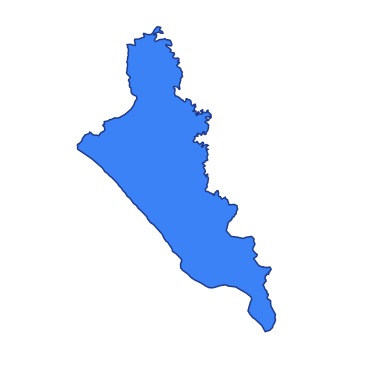 Birim South, Eastern, Ghana, rotated 55°
{"feature_id": "2480657B71012260699376", "entity_name": "Birim South", "entity_type": "district", "adm_level": 2, "iso_a3": "GHA", "parent_name": "Ghana", "parent_adm1": "Eastern", "projection": "orthographic", "projection_center": [-1.125, 5.901], "detail": "fine", "context": "isolated", "style": "filled", "palette": "blue", "viewbox_px": 384, "rotation_deg": 55, "n_neighbors": 0, "source": "geoboundaries", "source_scale": "gbopen_adm2", "svg_char_len": 6000}
<svg xmlns="http://www.w3.org/2000/svg" viewBox="0 0 384 384"><g transform="rotate(55 192 192)"><path d="M34.1,160.6L35.6,161.1L36.3,161.8L37.1,161.8L38.9,162.3L41.8,164.9L43.9,165.9L44.3,167.0L46.0,168.4L47.8,170.1L48.2,171.0L49.9,171.1L52.0,172.7L54.0,174.7L55.4,175.5L56.3,176.9L57.6,177.5L60.7,177.1L61.7,176.5L62.2,176.5L62.8,177.0L63.7,179.5L64.1,180.0L66.8,180.4L68.9,182.3L70.6,182.8L71.8,182.3L75.2,184.5L76.3,184.8L77.6,184.7L79.3,184.0L81.3,182.7L82.6,182.9L83.8,183.4L84.1,183.8L84.9,186.2L87.3,189.6L89.2,194.4L90.0,202.2L89.3,209.3L88.2,211.4L86.9,212.8L86.3,216.7L85.5,218.0L85.6,220.0L84.0,223.5L86.4,225.0L85.9,225.7L86.0,226.5L87.2,226.9L88.2,226.4L91.0,227.7L91.7,229.7L91.2,231.6L91.2,233.2L92.5,236.0L91.3,236.9L89.2,239.7L87.9,240.4L86.1,240.7L84.3,241.4L85.1,242.9L83.9,246.9L85.4,251.1L87.2,253.5L87.3,255.3L87.9,256.6L87.3,257.6L87.5,258.6L88.5,259.4L89.2,259.4L89.9,260.2L91.4,261.1L107.0,255.1L120.7,251.6L125.7,251.7L128.2,250.6L131.4,250.3L133.8,249.5L141.3,248.2L145.3,248.2L148.0,247.7L151.7,247.7L154.4,247.2L158.4,247.5L161.6,246.4L168.1,246.4L170.7,245.3L175.0,245.4L177.2,244.6L186.3,243.2L188.9,243.8L193.5,243.5L196.4,242.2L209.6,240.6L213.3,241.4L217.3,241.5L219.2,240.7L227.2,241.0L229.4,242.0L233.7,240.4L239.8,239.4L242.0,239.4L244.6,242.9L247.8,244.8L251.0,244.5L256.9,242.4L261.2,241.9L265.0,240.5L271.7,236.8L276.5,234.9L280.0,233.0L282.1,230.4L282.9,228.7L284.8,222.8L287.3,217.7L289.7,216.4L294.8,210.7L306.3,205.4L311.9,203.8L314.1,204.6L315.9,207.6L321.5,214.3L324.7,214.6L329.3,214.4L332.2,213.3L341.4,211.4L348.4,212.1L348.4,211.4L349.0,210.7L349.0,209.8L349.9,207.7L349.2,203.7L347.5,201.9L347.1,200.4L345.7,198.2L344.5,196.9L341.7,195.7L340.8,194.4L339.9,193.9L331.0,192.8L329.2,192.0L326.1,190.0L325.0,190.5L324.4,190.4L323.4,191.2L322.0,191.2L321.2,190.7L320.5,189.0L319.3,188.1L317.5,188.8L316.9,187.8L315.5,187.5L313.8,188.1L310.6,187.2L309.2,187.3L307.8,184.3L307.8,183.6L307.4,183.2L307.4,182.3L307.0,182.3L306.1,181.8L305.1,182.1L303.1,180.3L302.7,179.6L303.0,179.0L302.1,178.1L303.2,176.8L303.2,176.2L302.9,175.8L302.4,175.9L301.6,175.6L302.0,174.0L301.2,173.2L301.1,172.3L300.5,171.4L298.1,171.3L297.2,173.3L295.5,175.6L294.1,176.5L293.8,177.5L290.5,179.5L281.9,179.7L281.8,176.1L281.5,175.4L280.5,174.4L278.7,175.1L275.1,175.5L273.9,175.1L272.8,174.2L271.2,170.9L270.3,170.1L267.8,169.8L266.0,168.1L262.6,168.7L260.2,173.4L259.4,176.7L255.0,180.8L250.8,185.4L243.4,186.2L237.7,179.6L237.4,175.4L236.0,173.5L236.3,171.7L235.2,169.8L235.3,168.6L233.4,166.8L232.1,164.3L230.1,163.8L229.3,163.0L226.5,164.4L223.8,169.0L218.7,167.4L217.2,168.2L215.3,167.8L215.1,171.1L214.7,171.6L212.0,171.5L210.9,172.6L209.8,172.3L207.7,170.6L205.9,170.0L205.4,170.6L205.4,171.7L206.4,174.9L207.4,175.6L207.3,176.1L205.3,176.2L202.9,177.8L200.7,178.8L199.7,180.2L198.2,180.0L197.4,179.4L196.5,176.5L194.5,175.7L193.4,173.7L190.0,170.6L188.7,170.4L187.5,171.7L187.2,171.6L186.7,171.3L186.6,170.7L187.0,169.9L187.0,169.2L186.4,169.0L186.1,169.3L186.0,171.3L185.6,171.6L184.2,171.7L183.8,171.4L183.2,169.7L182.5,169.1L180.4,168.6L178.8,168.8L178.0,167.9L178.3,166.6L178.0,166.2L176.1,166.6L175.2,167.1L174.6,167.1L174.3,166.3L175.0,164.5L174.4,163.8L174.2,163.1L174.8,161.7L174.8,160.8L171.9,159.9L170.5,157.4L166.3,156.2L166.3,154.3L165.9,154.3L164.9,155.7L163.6,154.9L163.2,154.1L163.1,152.0L161.8,152.6L161.2,153.3L160.7,155.7L161.1,157.9L160.6,158.2L160.1,158.1L158.9,154.8L158.6,154.4L157.8,154.4L157.2,155.1L157.5,157.0L157.3,158.5L155.0,158.9L153.8,158.7L153.5,159.0L153.5,160.5L152.7,161.4L151.9,162.0L150.8,161.7L150.4,161.1L150.5,160.0L150.2,159.4L149.3,158.4L148.2,158.2L148.6,156.9L148.2,155.7L149.5,155.5L149.6,155.1L147.3,154.1L147.2,153.4L148.9,152.6L149.8,151.2L150.6,151.9L150.9,151.7L150.6,150.8L149.4,149.2L149.3,147.9L149.6,147.4L150.0,147.5L150.6,148.5L151.5,148.9L152.4,148.4L152.6,147.4L151.5,146.2L150.5,143.7L148.4,141.2L147.3,141.0L146.8,139.9L143.8,140.4L142.8,141.3L142.0,141.0L141.8,139.8L142.6,138.3L142.6,136.8L142.1,136.9L140.4,138.1L139.1,138.3L138.6,138.1L138.5,137.2L139.4,136.1L140.1,134.1L140.9,134.1L141.4,135.3L141.8,135.3L142.1,134.9L141.9,133.6L139.7,132.1L137.4,132.4L136.0,133.2L135.4,133.0L134.7,132.1L134.1,132.1L133.9,132.7L134.8,134.3L134.8,135.1L134.4,135.9L132.2,137.4L131.6,137.2L131.0,136.1L130.7,136.1L130.5,138.3L131.3,138.5L133.2,138.2L133.9,138.7L133.7,139.3L132.3,140.9L132.0,142.1L131.2,141.8L130.7,140.5L129.9,140.8L129.9,141.3L130.8,142.8L132.1,143.8L131.9,144.4L130.7,144.3L128.0,142.4L127.4,142.9L127.0,144.7L126.3,144.9L126.1,143.0L124.4,141.5L124.3,140.0L124.0,139.8L122.9,140.5L122.7,139.2L122.1,139.0L121.4,140.1L121.9,141.5L121.7,142.1L119.8,142.3L116.9,140.8L115.9,140.8L112.4,143.0L112.4,143.5L113.8,144.6L114.1,145.8L113.8,146.6L113.0,146.9L111.6,146.7L110.3,147.8L108.5,147.9L105.0,149.3L103.9,150.5L103.1,150.5L100.9,149.6L98.4,147.1L97.4,146.9L96.2,147.5L95.3,146.8L95.8,145.5L97.3,144.0L98.0,143.6L100.4,143.7L100.7,143.4L100.6,142.8L97.3,141.2L94.1,137.3L92.5,136.2L92.0,133.6L89.3,132.5L88.1,131.1L86.0,131.3L84.0,130.4L81.2,131.9L79.8,132.0L79.2,131.3L79.3,130.2L78.8,128.1L78.2,128.2L77.7,129.2L77.0,129.1L76.7,128.7L76.7,127.2L75.1,126.3L73.9,126.9L73.6,128.3L72.9,129.3L70.6,130.3L69.6,129.9L69.4,127.6L67.9,126.9L67.5,126.9L66.9,128.0L66.0,128.4L64.9,129.5L64.4,129.3L63.8,127.8L63.2,127.6L57.2,129.4L56.5,129.0L56.4,128.5L58.8,126.6L59.6,126.3L60.2,125.4L60.3,124.7L59.6,124.0L58.0,123.3L55.4,122.9L54.8,123.2L52.1,126.0L50.7,126.3L50.3,128.5L49.4,129.5L48.5,131.3L48.1,134.9L47.3,135.7L46.6,135.8L45.7,135.2L44.8,132.8L43.7,131.3L42.8,130.9L42.2,131.1L41.9,131.6L41.9,132.6L41.3,133.2L40.6,132.2L41.8,127.6L42.2,127.1L43.6,126.8L44.9,125.3L45.2,124.6L43.8,124.3L40.6,125.7L39.8,124.6L39.6,123.4L39.2,123.3L37.4,124.8L36.7,125.9L37.6,129.8L39.2,132.8L39.5,135.2L37.9,137.8L34.4,140.5L34.7,141.3L37.0,141.6L37.6,142.4L36.1,148.0L34.1,151.2L34.7,152.0L37.3,153.3L39.1,153.9L39.3,154.3L38.9,155.1L35.7,157.7L34.1,160.6Z" fill="#3b82f6" stroke="#1e3a8a" stroke-width="1.5"/></g></svg>